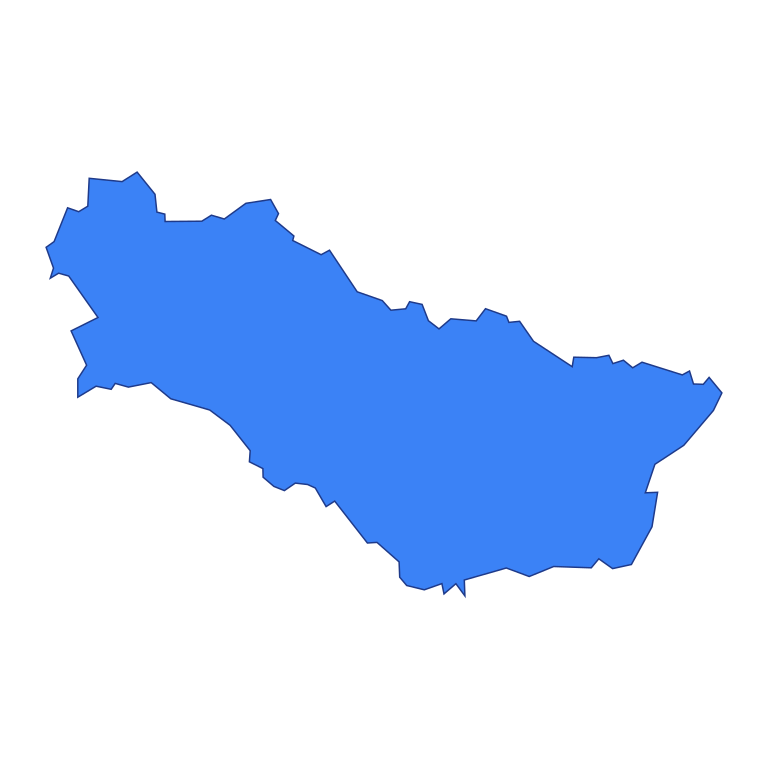 the district of Karbintsi, Karbinci, North Macedonia
{"feature_id": "65306769B40750666784819", "entity_name": "Karbintsi", "entity_type": "district", "adm_level": 2, "iso_a3": "MKD", "parent_name": "North Macedonia", "parent_adm1": "Karbinci", "projection": "albers", "projection_center": [22.294, 41.797], "detail": "fine", "context": "isolated", "style": "filled", "palette": "blue", "viewbox_px": 768, "rotation_deg": 0, "n_neighbors": 0, "source": "geoboundaries", "source_scale": "gbopen_adm2", "svg_char_len": 1376}
<svg xmlns="http://www.w3.org/2000/svg" viewBox="0 0 768 768"><path d="M721.9,392.9L709.1,377.4L703.3,384.3L693.5,384.0L689.5,371.0L682.3,374.9L642.0,362.2L632.7,367.8L623.4,360.2L612.9,363.6L608.9,355.3L596.5,357.7L573.8,357.2L572.2,366.7L533.5,341.3L519.6,321.3L508.9,322.4L506.5,316.2L485.5,308.7L476.2,320.9L450.8,318.8L439.0,328.9L428.4,320.7L422.1,304.4L409.6,301.7L405.7,308.8L390.9,310.2L382.3,300.6L357.2,291.8L329.5,250.2L321.1,254.7L292.7,240.5L293.9,236.0L275.3,220.5L278.5,213.6L270.6,199.5L245.9,203.3L224.3,219.0L211.4,215.2L201.8,221.2L165.1,221.5L164.8,214.1L156.9,212.1L155.0,194.3L137.1,172.1L122.1,181.6L89.2,178.3L87.8,206.2L78.7,211.7L67.6,207.8L54.1,241.6L46.1,247.3L53.5,268.1L50.3,278.2L58.6,273.2L68.7,276.0L98.0,317.5L71.1,330.9L86.6,365.2L77.8,378.8L77.8,397.2L96.1,386.2L111.2,389.3L115.2,383.4L128.4,387.1L151.2,382.6L170.8,398.8L209.7,410.0L230.1,425.3L250.2,450.7L249.4,461.8L262.9,468.6L263.1,477.2L273.9,486.4L284.4,490.6L295.3,483.1L307.6,484.5L315.3,488.0L326.1,506.6L334.7,501.1L367.4,543.0L377.0,542.4L399.1,561.9L399.7,577.2L406.7,585.5L424.3,589.8L441.9,583.6L444.0,593.9L455.9,583.7L464.9,595.9L464.3,580.0L506.3,568.0L529.2,576.5L553.7,566.5L591.3,567.8L598.8,558.8L612.6,568.6L631.4,564.5L652.0,526.8L657.6,492.3L645.3,492.8L654.9,464.3L683.8,445.3L713.4,410.5L721.9,392.9Z" fill="#3b82f6" stroke="#1e3a8a" stroke-width="1.5"/></svg>